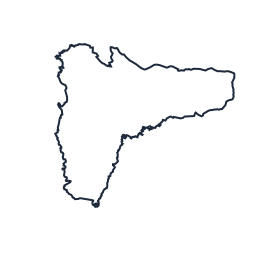 the district of Mueang Phitsanulok, Phitsanulok, Thailand, rotated 18°
{"feature_id": "78962969B1264982226283", "entity_name": "Mueang Phitsanulok", "entity_type": "district", "adm_level": 2, "iso_a3": "THA", "parent_name": "Thailand", "parent_adm1": "Phitsanulok", "projection": "orthographic", "projection_center": [100.243, 16.805], "detail": "fine", "context": "isolated", "style": "outline", "palette": "slate", "viewbox_px": 256, "rotation_deg": 18, "n_neighbors": 0, "source": "geoboundaries", "source_scale": "gbopen_adm2", "svg_char_len": 5703}
<svg xmlns="http://www.w3.org/2000/svg" viewBox="0 0 256 256"><g transform="rotate(18 128 128)"><path d="M125.8,176.0L127.3,174.1L126.8,173.3L126.8,172.5L127.7,169.5L127.0,168.7L125.2,168.1L124.9,167.1L126.2,166.7L126.8,166.3L127.9,164.6L128.7,162.6L126.7,160.0L126.7,159.4L127.2,158.8L126.9,158.3L126.3,155.9L125.4,155.0L125.9,153.3L125.5,153.0L125.5,152.4L126.1,151.9L126.0,151.3L126.4,150.9L126.4,147.0L127.5,145.8L127.3,145.1L127.7,144.7L127.1,144.5L126.6,143.8L126.6,143.5L126.1,142.9L126.7,142.1L126.3,141.3L125.5,141.0L125.6,139.9L125.4,139.5L125.8,138.7L124.9,137.9L125.2,137.5L125.2,136.8L125.6,136.7L125.6,136.0L126.3,135.7L127.6,136.2L127.3,138.6L128.4,138.8L129.1,137.0L128.9,136.6L128.9,135.2L130.3,135.2L133.4,135.9L133.4,136.6L134.4,136.9L135.1,134.9L136.6,134.7L137.5,133.6L138.1,133.8L139.8,133.9L139.5,132.5L139.6,132.1L139.9,132.1L140.0,130.2L140.7,129.9L140.7,129.0L141.1,128.9L142.7,130.1L143.7,130.2L143.8,130.0L143.3,130.0L143.2,129.7L142.3,129.2L142.1,128.5L142.3,127.0L143.2,126.6L143.4,126.1L143.1,125.7L142.4,126.2L141.6,126.0L142.4,124.6L141.9,123.4L142.0,122.3L143.3,122.2L143.6,123.7L144.2,123.8L145.1,122.0L146.2,121.5L147.1,120.6L146.8,122.0L147.7,122.2L148.9,123.1L149.3,121.6L148.8,120.7L150.5,121.9L150.8,121.7L149.6,119.8L150.5,119.9L151.0,119.7L152.3,120.2L153.1,119.4L154.0,119.4L154.1,118.1L154.6,117.2L156.3,116.1L156.9,116.6L157.3,116.6L158.0,115.2L157.8,114.5L156.4,115.5L156.1,115.5L156.0,115.2L156.8,114.5L158.8,110.9L158.7,109.5L161.3,109.3L162.0,106.8L164.5,104.2L165.8,103.9L167.7,104.4L168.2,103.9L168.2,103.3L175.1,102.6L177.2,101.3L178.3,99.6L187.2,96.2L187.3,93.1L187.6,92.4L190.5,93.6L193.9,94.1L194.7,93.9L195.4,92.9L195.2,91.3L199.1,86.8L201.0,85.4L202.9,84.8L203.9,83.9L205.5,83.4L207.5,82.5L208.7,82.5L210.6,81.2L211.6,80.9L213.6,76.0L213.4,72.5L215.5,70.3L217.9,69.0L218.6,67.9L218.8,66.8L218.6,64.9L217.8,63.7L217.7,62.0L216.8,60.3L216.5,58.9L214.3,55.6L213.7,53.5L212.9,52.5L213.6,47.6L212.8,44.7L212.1,43.3L209.3,43.0L206.1,43.0L204.1,43.6L202.5,44.5L197.6,45.6L195.9,46.3L192.3,46.0L189.5,45.3L188.6,45.4L185.7,47.4L183.9,49.4L177.8,49.7L171.6,51.6L170.6,52.8L169.1,53.3L167.8,53.0L167.1,53.7L164.9,54.2L163.7,55.3L163.5,56.1L160.6,56.7L159.8,57.4L158.2,58.0L157.9,57.9L157.3,57.2L157.4,56.6L151.3,55.7L148.9,56.3L146.7,58.4L146.1,58.6L138.4,58.4L135.5,58.9L134.1,59.5L133.0,60.3L130.4,63.3L127.1,66.4L125.5,67.3L121.8,66.9L115.6,64.7L108.4,63.1L104.7,61.4L101.2,59.3L99.7,59.9L96.6,58.7L93.1,55.4L92.6,55.4L92.3,55.8L90.5,56.4L88.7,56.1L86.8,56.3L86.5,56.7L87.3,58.9L88.5,60.6L90.3,61.7L90.3,63.5L89.8,65.4L89.9,65.9L91.0,67.4L92.3,68.4L92.7,68.9L92.3,70.0L90.0,71.8L92.8,74.7L91.4,75.1L90.0,74.6L89.6,75.4L87.6,75.1L85.3,74.3L83.8,74.3L82.4,73.8L80.5,72.9L76.0,70.1L77.2,68.7L75.2,67.0L71.1,67.0L69.7,62.3L67.3,63.2L66.4,61.6L60.8,61.6L60.8,61.9L60.2,62.1L57.8,63.0L56.1,63.1L55.5,63.7L54.8,63.9L54.8,64.5L54.1,64.8L53.4,65.4L52.4,65.7L51.9,67.2L51.4,67.2L51.2,66.8L50.6,66.6L49.7,67.2L49.2,66.5L48.6,66.4L47.5,67.3L47.8,67.9L47.5,68.3L47.7,69.3L47.5,70.6L46.0,73.3L44.3,73.8L44.0,74.5L43.6,74.3L43.5,73.9L42.8,74.1L42.1,75.3L42.6,75.6L42.3,75.8L42.4,76.2L42.0,76.3L42.2,76.8L41.7,76.9L41.3,76.7L41.3,77.1L40.7,77.6L40.7,78.0L39.7,77.9L39.9,78.4L40.8,78.8L40.8,79.4L41.1,80.1L40.3,80.1L40.0,80.9L39.3,81.3L38.1,81.0L37.9,81.3L38.1,82.1L37.5,82.0L37.2,82.5L38.9,83.1L38.5,83.5L38.7,84.0L39.6,83.8L39.5,83.0L39.8,82.8L40.3,82.9L40.5,83.3L41.2,83.5L41.6,83.1L41.9,83.1L41.9,83.7L42.8,83.9L43.3,84.3L44.0,84.0L44.4,85.1L45.2,85.4L46.1,87.0L46.5,89.5L48.0,90.7L47.7,91.0L45.6,90.5L45.4,90.8L45.6,91.6L45.4,92.0L44.5,91.4L44.1,91.5L44.6,92.5L47.0,93.4L47.3,93.7L47.1,94.2L46.5,94.3L46.2,94.9L46.9,95.6L46.7,96.1L45.0,96.7L45.3,98.0L46.1,98.9L45.8,99.4L45.2,99.6L45.2,100.4L46.9,101.6L49.4,104.8L50.3,105.5L51.7,106.2L55.0,106.6L56.4,107.7L57.2,109.2L56.7,110.9L56.8,111.8L60.4,117.2L61.6,120.7L61.5,122.4L60.6,122.8L60.3,124.0L60.0,124.1L60.1,124.6L59.7,125.7L58.6,127.9L57.5,128.1L55.0,125.8L54.4,125.8L54.2,126.5L54.3,127.5L55.2,128.1L56.0,129.3L59.4,131.3L61.4,135.4L61.3,135.7L60.5,136.0L60.4,137.5L60.8,139.1L60.2,139.2L60.1,139.8L60.9,145.4L61.2,149.5L62.4,151.6L61.7,151.9L62.5,153.7L60.6,155.9L61.8,157.1L62.3,157.3L62.6,158.1L64.3,159.1L64.0,160.3L65.7,161.6L66.9,163.2L66.9,164.6L67.6,165.3L68.3,165.2L69.4,165.7L70.8,167.2L70.7,167.6L70.1,167.8L69.9,168.2L70.0,168.5L70.6,169.0L70.7,170.1L71.8,171.5L72.7,171.5L73.2,172.0L73.9,171.9L74.5,172.5L75.0,174.9L74.8,175.3L75.8,177.2L76.4,177.7L77.7,177.2L78.1,177.3L79.2,178.7L79.3,179.5L78.6,180.1L78.1,181.3L77.7,181.8L78.3,182.3L78.3,183.5L80.1,183.8L80.6,184.3L80.7,185.1L80.5,185.6L79.7,186.2L78.3,186.7L78.2,187.1L78.6,187.6L79.9,187.2L80.4,187.4L81.3,189.6L81.8,192.9L82.9,193.9L84.5,193.8L85.1,194.0L85.5,195.1L85.1,197.0L85.5,197.5L88.6,196.3L89.9,196.4L89.8,197.4L85.4,202.2L85.8,202.6L85.2,203.9L85.4,204.8L86.0,205.0L86.3,205.9L88.5,205.9L88.4,206.3L89.3,206.7L89.6,207.5L90.0,207.4L92.2,208.9L94.8,209.2L96.4,210.4L96.6,211.0L97.5,211.3L98.1,211.1L99.4,212.1L102.5,210.9L103.7,209.8L104.9,209.4L116.8,207.6L117.5,208.0L117.1,209.7L118.1,211.8L120.7,212.5L120.9,212.0L119.9,210.8L120.1,210.2L120.8,209.8L121.4,211.9L121.4,213.0L121.7,213.0L122.3,212.3L123.1,212.3L123.7,211.4L124.0,210.5L123.8,210.1L123.1,210.3L122.8,210.0L122.7,209.5L123.4,208.8L123.0,208.4L123.0,207.5L122.1,207.2L121.9,206.6L122.5,205.0L122.4,204.2L123.3,203.6L123.1,203.1L123.5,201.6L123.2,201.3L123.8,200.1L123.1,198.9L123.5,198.5L123.4,198.1L124.0,197.2L123.9,196.0L124.5,193.5L125.7,192.5L125.8,191.7L126.3,191.6L126.5,191.2L126.0,188.7L125.3,187.2L125.4,185.6L124.9,182.6L125.3,182.2L125.3,181.4L124.5,180.1L126.0,179.2L125.6,177.0L125.8,176.0Z" fill="none" stroke="#1e293b" stroke-width="2"/></g></svg>